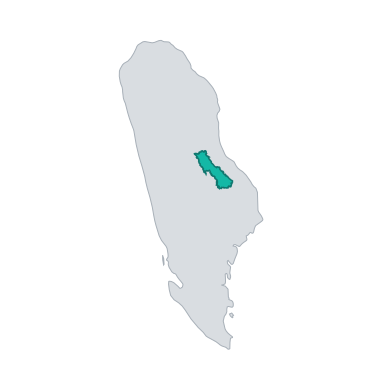 Miandrivazo, Menabe, Madagascar shown in context, rotated 150°
{"feature_id": "10022922B2580716977723", "entity_name": "Miandrivazo", "entity_type": "district", "adm_level": 2, "iso_a3": "MDG", "parent_name": "Madagascar", "parent_adm1": "Menabe", "projection": "natural_earth1", "projection_center": [45.43, -19.207], "detail": "fine", "context": "in_parent", "style": "filled", "palette": "teal", "viewbox_px": 384, "rotation_deg": 150, "n_neighbors": 0, "source": "geoboundaries", "source_scale": "gbopen_adm2", "svg_char_len": 8534}
<svg xmlns="http://www.w3.org/2000/svg" viewBox="0 0 384 384"><g transform="rotate(150 192 192)"><path d="M244.1,45.5L245.0,47.9L246.0,50.2L249.3,55.7L250.7,57.9L251.8,60.1L252.4,64.7L254.4,71.7L256.3,82.3L256.9,93.1L257.5,98.1L259.0,102.8L261.4,107.6L262.2,113.0L260.6,118.6L258.4,123.9L257.8,124.8L256.8,126.2L256.3,126.1L254.6,124.8L253.1,122.6L251.3,117.3L250.7,114.7L249.9,114.3L247.8,114.5L246.2,116.2L245.9,117.2L246.3,120.1L246.8,122.8L247.1,125.5L247.1,128.9L247.7,129.9L248.5,130.7L249.4,133.0L249.5,138.2L248.9,140.9L247.4,143.2L247.5,144.5L248.1,145.8L247.5,146.5L245.5,147.5L244.7,148.4L243.6,150.7L241.8,155.5L241.6,157.9L242.6,165.3L242.3,170.6L240.0,180.6L238.7,185.4L236.8,191.0L234.0,198.6L231.2,208.0L228.8,217.7L227.1,223.5L225.1,229.2L222.4,239.4L220.0,249.7L216.6,261.0L211.9,273.6L211.4,275.3L210.4,281.7L209.3,287.4L208.0,292.9L205.4,302.1L205.1,304.9L204.5,307.6L202.0,313.4L200.9,315.5L200.1,317.8L199.7,320.7L199.0,323.5L197.1,328.6L194.4,333.0L192.5,334.6L188.5,336.9L186.5,337.4L182.0,337.4L177.6,338.8L173.0,341.3L168.7,344.2L167.0,345.6L165.1,346.4L159.4,346.6L157.6,345.9L151.9,341.1L149.6,340.3L145.4,339.7L144.1,339.3L142.9,338.7L141.2,336.2L137.8,334.0L137.0,333.4L136.4,331.9L136.1,330.3L135.2,328.6L134.5,325.2L133.4,322.9L130.3,318.7L129.9,317.4L129.6,313.0L129.7,310.0L129.4,304.6L129.8,302.0L130.9,299.7L130.4,297.2L129.2,294.6L128.8,291.9L127.9,289.4L124.6,284.9L123.8,282.7L123.2,280.5L122.0,273.4L121.8,270.9L122.0,265.7L122.4,263.1L123.2,261.2L123.4,259.8L123.9,258.6L124.7,257.6L125.2,256.5L126.4,249.8L128.0,248.4L130.3,247.5L132.2,245.8L133.3,243.4L134.3,238.6L137.2,233.8L138.3,231.3L140.6,227.4L142.7,222.1L143.4,219.5L143.8,216.9L144.3,211.3L144.7,208.4L144.6,205.6L143.4,202.8L140.6,197.5L140.5,196.6L140.7,192.7L140.4,189.9L139.4,187.1L138.0,184.4L136.7,179.5L136.0,171.4L136.1,168.4L135.7,165.8L134.8,163.3L135.5,159.0L144.0,143.2L144.3,141.3L143.9,136.5L144.1,133.7L144.4,132.7L145.1,132.1L146.5,131.8L153.5,131.1L154.4,130.6L156.1,129.3L158.5,126.7L159.6,126.0L160.6,126.2L161.2,127.3L161.9,127.9L164.8,126.8L165.8,126.7L166.9,126.9L167.4,125.9L167.8,124.4L168.2,123.4L168.9,122.8L172.5,122.5L174.8,122.1L177.8,121.1L178.5,121.3L180.9,124.9L181.6,125.2L182.5,125.4L183.4,124.7L181.4,122.8L181.1,121.8L181.2,120.5L182.3,117.9L184.0,116.0L187.9,113.0L192.0,109.5L193.2,109.2L194.1,109.8L194.9,113.9L194.8,114.6L195.5,114.7L196.2,114.2L196.9,112.5L196.9,111.1L196.4,109.8L196.1,108.7L196.1,107.7L198.1,105.2L199.8,102.9L200.5,100.1L201.2,98.9L202.9,97.4L203.4,97.7L203.8,98.8L204.0,100.1L203.5,101.3L202.9,102.5L202.7,104.1L203.6,104.4L204.5,104.0L205.9,101.1L207.4,98.3L208.3,96.9L209.4,95.9L211.3,96.1L213.1,96.7L210.2,93.8L209.4,89.8L213.0,82.9L213.0,81.4L213.5,81.0L213.8,80.4L212.0,78.1L211.6,76.9L211.9,75.2L212.7,73.6L213.5,72.5L214.7,72.1L215.6,72.7L217.6,74.6L218.9,74.9L220.5,73.1L221.8,70.8L223.8,69.2L226.1,68.2L229.5,64.6L231.8,57.0L231.9,54.8L231.5,52.1L230.7,49.6L229.4,46.4L229.7,45.7L231.6,46.1L232.2,45.6L234.3,42.8L237.6,37.4L238.7,37.4L239.7,38.4L240.0,39.9L240.7,41.0L243.0,43.6L244.1,45.5ZM220.6,66.8L220.6,67.6L218.1,67.3L217.7,64.4L218.9,64.3L219.2,63.1L220.0,63.0L220.8,65.6L220.6,66.8ZM251.3,147.8L249.1,152.0L249.8,148.5L252.3,143.4L253.1,143.0L251.3,147.8Z" fill="#d9dde1" stroke="#a8b0b8" stroke-width="1"/><path d="M170.9,205.9L171.1,205.7L171.2,205.8L171.3,205.8L171.2,205.3L171.2,205.2L171.2,204.9L171.2,204.5L171.2,204.4L171.4,204.2L171.2,203.9L171.3,203.8L171.2,203.8L171.3,203.7L171.4,203.4L171.2,203.1L171.2,202.9L171.3,202.7L171.1,202.6L171.0,201.6L170.8,201.3L170.9,200.5L170.7,200.7L170.5,201.5L170.5,202.4L170.3,203.0L170.0,202.9L169.6,203.2L169.2,203.2L168.5,203.0L168.4,202.7L168.1,202.5L168.1,202.8L167.2,202.1L166.2,202.2L165.9,202.0L166.1,201.0L166.0,200.4L166.4,199.9L166.8,199.7L166.5,198.9L166.2,198.8L166.1,198.5L166.1,198.3L166.2,197.6L166.3,197.6L166.5,197.7L166.8,197.6L166.8,197.3L166.7,196.9L166.7,196.6L166.2,196.6L165.9,196.3L165.9,195.8L166.0,195.6L165.9,195.4L166.0,195.3L165.9,195.2L165.5,194.9L165.4,194.6L165.0,194.2L164.8,194.3L164.7,194.3L164.7,194.0L164.6,193.9L164.7,193.3L165.1,193.1L165.2,192.5L165.1,192.2L165.3,192.0L165.2,191.8L164.9,191.6L164.8,191.4L164.8,191.1L164.7,191.1L164.6,190.7L164.7,190.3L164.6,190.2L164.5,189.9L164.4,189.9L164.4,189.7L164.4,189.4L164.6,188.9L164.7,189.0L164.7,188.9L165.1,188.8L165.2,188.6L165.0,188.4L165.2,188.5L165.2,188.4L165.3,188.4L165.2,188.1L165.6,188.1L165.6,187.8L165.9,187.8L165.8,187.3L166.1,187.1L166.3,187.2L166.5,186.8L166.5,186.7L166.8,186.6L166.8,186.4L166.7,186.3L166.9,186.2L167.0,186.1L166.9,185.7L166.8,185.8L166.7,185.7L166.5,185.8L166.7,185.5L166.8,185.5L166.7,185.3L166.9,185.3L166.8,185.2L166.9,184.8L166.8,184.7L166.7,184.4L166.9,184.4L166.9,184.5L166.9,184.4L166.8,184.2L166.7,183.9L166.8,183.8L166.7,183.7L166.8,183.6L166.7,183.6L166.8,183.5L166.7,183.4L166.8,183.3L166.6,183.3L166.6,183.1L166.6,182.9L166.4,182.9L166.5,182.8L166.2,182.7L166.7,182.2L166.7,181.8L166.8,181.7L166.6,181.2L166.1,181.6L165.6,181.2L165.0,180.4L164.9,180.4L164.7,180.8L164.5,181.0L164.1,181.2L163.9,181.2L163.6,180.9L163.4,180.5L163.1,180.4L162.5,180.3L162.4,180.2L162.4,179.8L162.2,179.8L162.0,179.5L161.9,179.5L161.8,179.3L161.5,179.4L161.2,179.2L161.0,178.9L160.3,178.6L160.2,178.4L160.0,178.2L159.9,178.0L159.2,177.8L159.0,177.7L158.8,177.7L158.6,177.6L158.5,177.8L158.6,178.0L158.3,178.1L158.1,178.4L157.9,178.3L157.5,178.5L157.4,178.5L157.5,178.7L157.3,178.8L156.8,178.4L156.7,177.7L156.3,177.6L156.2,177.9L156.2,177.5L156.0,177.2L155.6,177.2L155.5,177.3L155.4,177.4L155.3,177.8L155.2,177.7L155.0,177.8L154.6,178.3L154.4,178.4L154.2,178.5L153.6,179.4L153.7,179.8L153.5,179.7L153.4,179.8L153.1,179.7L153.1,179.9L153.0,180.1L152.3,180.3L152.0,180.3L151.7,180.9L151.6,181.1L151.4,181.3L151.7,182.1L151.9,182.2L152.4,183.2L152.4,183.6L152.9,184.5L153.0,184.7L153.2,185.7L153.2,186.3L153.4,186.5L153.4,186.9L153.4,187.6L153.7,187.7L153.7,188.2L153.8,188.4L154.0,188.4L154.1,188.8L154.3,188.8L154.4,189.0L154.5,188.9L154.7,189.0L154.8,189.2L154.5,189.6L154.3,189.8L154.3,189.7L154.2,189.7L154.2,189.9L154.5,190.4L154.8,190.2L155.0,190.4L154.9,190.8L155.4,191.6L155.5,192.2L155.6,192.4L155.5,192.7L155.2,192.9L155.3,193.2L154.8,193.3L154.8,193.7L154.9,194.4L155.0,194.7L155.3,194.8L155.4,194.5L155.6,194.5L155.9,195.0L156.2,195.6L156.1,196.1L156.2,196.6L156.4,197.0L156.5,197.6L156.5,197.9L156.3,198.3L155.9,198.5L155.8,199.0L156.0,199.4L155.9,199.6L156.0,199.9L156.3,199.9L156.5,200.2L156.8,200.1L157.0,200.5L157.5,201.2L157.9,201.4L158.0,201.4L158.1,201.0L158.5,200.8L158.8,201.5L159.0,201.7L159.3,202.3L159.7,203.1L159.9,205.2L160.1,205.7L160.2,206.3L160.6,207.0L160.6,208.0L160.3,208.2L160.2,208.3L160.1,209.1L160.3,209.6L160.3,210.1L160.5,210.4L160.5,210.8L160.4,211.0L160.5,211.3L160.7,211.5L160.7,211.8L160.6,212.0L160.7,212.7L160.6,213.0L160.4,213.1L160.2,213.4L160.3,213.5L160.0,213.6L160.2,213.8L160.1,214.1L160.1,214.3L159.9,214.2L160.1,214.6L160.2,214.4L160.3,214.8L160.7,215.1L161.0,215.7L161.2,216.0L161.3,216.3L161.2,216.7L161.3,217.0L161.3,217.7L161.3,217.9L161.0,218.0L160.7,217.9L160.4,218.1L160.3,217.9L160.2,217.9L160.2,218.3L160.2,218.8L160.0,219.1L159.7,219.6L159.5,220.3L159.7,220.8L160.0,221.2L160.2,221.3L160.6,221.1L160.7,220.8L161.2,220.9L161.4,220.6L161.9,220.8L162.0,221.0L162.3,221.4L162.4,221.8L162.1,222.1L162.2,222.3L163.4,222.8L163.6,222.8L164.0,222.3L164.4,222.1L164.5,222.2L164.7,222.3L164.9,222.5L165.3,222.8L165.7,222.7L165.9,222.8L166.1,222.6L166.4,221.9L166.5,222.0L166.6,221.8L166.8,221.9L166.8,221.7L166.9,221.9L167.0,221.9L167.1,222.1L167.3,222.1L167.7,222.0L168.0,222.1L168.4,222.6L168.5,222.6L168.5,222.4L168.6,222.5L168.8,222.7L169.0,223.2L169.2,223.4L170.3,223.9L170.8,223.9L170.8,223.7L170.7,223.5L170.8,223.4L170.7,223.1L170.6,222.7L170.4,222.5L170.3,222.2L170.3,221.8L170.1,221.6L170.0,221.3L170.1,221.0L170.1,220.9L170.1,220.6L170.2,220.4L170.1,220.2L169.9,219.8L170.0,219.7L170.1,219.9L170.4,219.7L170.7,219.7L170.6,219.4L170.5,219.1L170.7,218.9L170.3,218.7L170.2,218.3L169.9,218.2L169.9,217.6L169.8,217.2L170.1,216.8L170.0,216.4L170.2,216.0L170.3,216.0L170.4,215.6L170.8,215.4L170.8,215.2L170.9,214.4L171.4,213.8L171.4,213.7L171.1,213.1L170.9,212.7L170.9,212.3L170.9,212.1L171.2,211.9L171.4,211.7L171.4,211.4L171.6,211.3L171.4,211.0L171.5,210.5L171.4,210.4L171.3,210.2L171.2,209.8L171.4,209.2L171.3,208.9L171.2,208.8L171.0,208.7L170.7,208.7L170.6,208.4L170.5,208.1L170.7,207.6L170.8,207.2L170.7,207.0L170.6,206.9L170.5,206.6L170.5,206.3L170.6,206.2L170.9,205.9Z" fill="#14b8a6" stroke="#0f766e" stroke-width="1.5"/></g></svg>